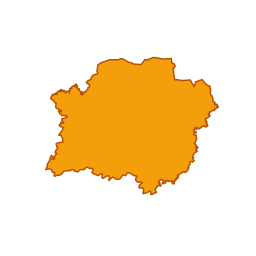 Kalētu pag., Priekules, Latvia, rotated 336°
{"feature_id": "27541924B96386637120748", "entity_name": "Kalētu pag.", "entity_type": "district", "adm_level": 2, "iso_a3": "LVA", "parent_name": "Latvia", "parent_adm1": "Priekules", "projection": "mercator", "projection_center": [21.495, 56.335], "detail": "fine", "context": "isolated", "style": "filled", "palette": "amber", "viewbox_px": 256, "rotation_deg": 336, "n_neighbors": 0, "source": "geoboundaries", "source_scale": "gbopen_adm2", "svg_char_len": 5780}
<svg xmlns="http://www.w3.org/2000/svg" viewBox="0 0 256 256"><g transform="rotate(336 128 128)"><path d="M188.2,79.3L180.1,73.9L173.7,73.7L171.2,72.4L165.8,75.4L158.9,71.7L157.7,69.8L155.1,68.0L151.8,63.1L149.4,61.7L146.8,61.7L139.1,58.2L130.1,57.5L126.2,58.1L122.7,63.6L122.8,64.9L122.3,65.7L121.7,66.0L117.6,65.5L115.0,67.0L114.6,67.9L114.0,68.4L109.7,68.7L108.6,69.5L108.5,70.1L108.7,70.7L109.7,71.1L109.8,71.9L110.5,73.1L109.1,75.0L107.6,75.0L107.1,76.1L104.8,77.3L104.0,77.1L103.9,77.5L102.8,77.9L102.4,77.3L101.7,77.2L101.6,77.9L99.8,79.2L98.5,77.8L99.3,77.4L99.2,76.6L99.4,76.4L100.2,77.1L100.7,76.5L99.3,75.2L98.7,73.4L98.5,73.2L99.3,72.9L99.3,72.4L98.6,72.2L97.9,70.8L97.9,70.3L98.7,69.8L98.7,69.4L97.2,68.9L98.7,67.9L98.8,67.2L98.1,66.7L97.6,66.8L96.2,68.0L95.8,67.8L95.9,67.4L95.5,67.3L93.7,67.3L93.1,67.7L92.9,68.0L92.9,68.7L92.6,68.9L90.9,68.1L90.7,68.3L91.0,69.6L89.9,70.4L89.6,69.9L89.1,69.9L89.3,70.7L88.8,71.8L88.1,70.1L87.3,69.7L85.9,70.4L84.9,70.4L85.4,68.8L84.5,68.3L85.0,67.9L84.8,67.6L83.9,68.1L83.8,67.3L82.9,67.6L83.1,67.1L82.8,65.8L81.2,65.8L81.0,66.6L81.4,66.6L81.5,67.2L80.6,67.0L80.4,66.6L78.9,65.9L77.5,66.9L76.7,66.8L76.7,67.3L77.3,68.0L76.9,68.2L76.4,67.6L75.9,68.0L75.4,67.4L75.3,67.8L75.0,67.8L74.6,67.1L73.7,67.3L72.8,66.5L72.1,67.7L71.5,67.6L70.2,68.6L69.4,69.6L69.7,70.5L70.8,72.2L71.7,75.6L72.5,76.2L70.7,78.9L70.4,80.1L71.8,82.3L74.2,84.7L74.0,85.5L73.3,85.6L72.5,85.0L72.1,84.4L71.6,84.3L71.3,84.8L71.6,86.3L71.5,87.3L72.6,88.1L72.3,89.6L74.7,90.4L75.6,91.5L76.8,91.5L77.1,92.2L77.1,93.0L74.9,93.5L71.7,92.6L70.3,94.6L70.5,95.3L71.5,96.3L71.5,96.9L71.1,97.3L69.9,97.0L68.7,95.8L68.2,97.1L67.0,97.0L66.4,97.5L66.3,97.9L66.6,98.9L68.5,100.6L69.0,101.4L66.9,103.4L62.0,106.2L62.2,106.9L63.5,107.0L63.9,107.9L63.8,111.9L62.8,114.2L57.2,113.0L56.0,113.2L55.7,113.8L55.8,114.8L55.3,116.0L55.8,117.6L53.7,118.7L51.5,120.5L51.4,120.8L51.6,121.1L52.5,121.8L52.6,122.5L50.7,123.1L48.9,124.9L48.3,126.2L47.3,125.7L46.4,126.1L45.9,125.8L47.1,124.7L47.9,123.5L47.1,122.1L46.5,122.0L46.2,122.8L44.8,123.5L43.0,126.0L39.5,128.3L39.0,129.0L38.8,130.4L37.5,131.0L36.1,132.6L39.7,133.3L41.1,135.3L41.3,135.8L40.9,137.9L42.4,138.6L42.8,139.4L41.1,141.2L41.3,142.0L41.8,142.3L44.6,142.4L45.8,143.3L49.0,143.0L51.6,141.4L53.1,141.6L58.0,143.5L59.6,143.2L61.5,144.0L61.5,145.6L63.7,147.4L64.9,147.5L67.2,146.6L71.1,148.2L73.8,147.0L75.2,147.5L76.8,149.9L78.7,150.1L79.4,151.0L79.3,151.7L77.6,153.2L77.1,154.0L77.2,154.7L77.9,155.8L81.4,159.3L84.6,158.9L85.5,159.2L85.7,160.0L84.5,161.5L84.1,162.9L84.5,163.8L89.7,163.2L90.6,163.8L90.9,164.5L90.7,165.4L90.8,166.6L89.5,167.4L89.3,168.1L93.7,166.7L94.6,167.2L96.3,169.9L98.2,170.9L99.7,171.1L101.2,170.7L103.1,169.3L104.3,168.9L106.2,170.3L107.2,170.1L108.5,169.0L109.5,168.8L111.6,170.2L114.3,174.2L116.3,175.2L116.0,176.2L114.4,177.4L114.1,178.1L113.9,179.1L114.5,181.0L115.0,181.6L116.8,182.0L118.8,183.7L118.5,184.2L116.8,184.2L115.3,184.8L114.0,186.3L114.0,187.3L114.2,187.6L116.4,188.4L117.4,189.9L117.0,191.3L115.3,193.3L115.1,193.9L115.6,194.3L119.7,194.7L122.4,194.5L122.7,194.9L122.8,195.5L122.5,196.7L122.0,197.7L122.2,198.2L124.3,198.5L125.0,198.1L126.1,198.1L127.6,198.5L127.8,198.0L127.6,195.1L130.2,194.0L130.9,193.0L132.0,192.9L132.9,193.3L133.8,194.2L134.5,194.2L134.8,193.7L133.8,192.2L134.5,191.9L134.6,191.4L133.7,191.2L133.8,190.6L134.3,190.2L134.2,189.3L136.8,188.3L137.4,188.4L137.4,189.0L138.4,189.5L139.6,191.0L137.4,191.9L136.8,192.6L136.9,193.1L140.2,193.4L141.2,191.9L143.0,191.9L143.1,192.1L142.8,193.0L143.0,193.3L146.0,193.8L146.8,194.6L146.8,194.9L145.9,195.4L146.4,196.1L146.1,197.0L146.8,197.6L147.6,197.5L148.3,196.4L148.5,195.2L149.9,195.5L151.4,194.6L150.5,194.7L150.2,194.3L150.4,194.0L151.4,193.7L152.1,194.0L152.6,193.6L153.2,194.2L153.4,194.0L153.3,192.9L153.9,191.4L154.5,191.7L154.4,192.2L154.6,192.4L155.7,191.1L158.2,191.0L160.0,190.3L161.5,191.4L162.1,191.3L162.3,191.8L164.0,191.6L164.8,190.8L165.6,190.7L166.7,189.7L166.5,189.3L167.4,188.8L167.0,188.3L167.3,187.8L169.9,186.4L170.4,184.5L170.9,184.1L172.4,184.5L173.0,185.4L175.1,184.8L174.8,184.2L175.0,183.0L174.7,182.3L175.2,181.6L175.9,181.5L175.4,180.8L176.1,179.8L178.3,177.9L181.5,177.5L181.0,176.8L181.0,175.5L181.9,175.9L182.1,175.0L183.8,174.2L183.7,173.5L182.8,173.9L182.0,173.0L183.3,172.7L183.1,172.0L183.3,171.3L182.8,170.7L182.3,169.3L183.2,169.2L184.5,167.5L185.9,166.3L186.5,165.3L186.8,163.5L187.4,162.2L185.6,161.5L185.2,160.9L185.9,160.0L186.5,159.8L186.4,159.5L187.2,159.3L187.2,159.8L188.1,160.1L188.5,159.7L187.8,158.2L187.0,158.1L187.1,156.4L188.3,156.3L189.0,155.4L189.8,156.8L190.2,155.7L190.6,155.3L190.9,156.3L190.8,156.7L191.4,156.9L191.2,156.4L191.3,156.3L191.8,156.8L192.2,156.7L192.9,157.7L193.3,157.4L194.3,157.5L195.6,157.1L195.7,156.6L196.0,156.5L197.5,157.2L198.4,157.1L198.5,157.8L200.2,158.9L201.9,158.1L201.8,157.6L201.0,156.6L201.8,156.3L201.7,155.5L202.5,154.7L201.8,154.1L202.3,153.7L202.2,153.2L201.8,153.5L201.6,153.3L201.9,152.5L202.4,152.2L202.2,151.6L202.3,151.1L203.7,150.8L204.9,151.2L207.8,150.3L207.8,149.0L207.3,148.9L207.0,148.3L208.1,148.1L208.2,147.8L208.0,147.4L208.8,147.1L209.0,146.4L210.5,146.9L212.4,146.3L214.0,147.1L215.2,146.2L215.4,145.7L216.1,146.1L217.9,145.6L218.8,145.8L218.9,144.5L218.4,144.6L218.1,144.1L218.9,144.0L218.9,142.6L218.4,142.6L218.0,141.9L216.9,142.2L216.7,141.4L216.8,140.9L217.5,140.5L217.8,139.8L216.5,138.3L217.6,134.9L217.7,132.0L217.2,130.8L217.2,130.0L218.3,127.8L219.2,126.9L219.1,124.6L219.9,123.4L217.4,120.5L215.3,113.9L208.4,113.4L207.9,114.4L205.2,116.9L204.4,109.5L196.4,106.5L192.1,103.6L190.3,102.9L192.1,96.0L193.4,92.4L193.7,91.7L194.7,92.0L195.1,91.7L195.1,91.1L196.5,90.3L196.1,89.4L196.2,87.9L194.6,87.0L195.2,83.8L195.1,83.7L195.8,82.2L188.2,79.3Z" fill="#f59e0b" stroke="#b45309" stroke-width="1.5"/></g></svg>